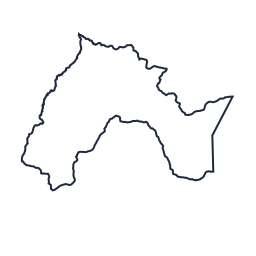 the district of Puracé (Coconuco), Cauca, Colombia, rotated 16°
{"feature_id": "7082276B15347498266609", "entity_name": "Puracé (Coconuco)", "entity_type": "district", "adm_level": 2, "iso_a3": "COL", "parent_name": "Colombia", "parent_adm1": "Cauca", "projection": "natural_earth1", "projection_center": [-76.434, 2.262], "detail": "fine", "context": "isolated", "style": "outline", "palette": "slate", "viewbox_px": 256, "rotation_deg": 16, "n_neighbors": 0, "source": "geoboundaries", "source_scale": "gbopen_adm2", "svg_char_len": 5667}
<svg xmlns="http://www.w3.org/2000/svg" viewBox="0 0 256 256"><g transform="rotate(16 128 128)"><path d="M118.8,123.5L121.9,123.5L124.0,122.8L126.0,122.8L129.3,121.2L130.6,120.0L134.0,118.9L134.9,118.3L137.1,118.7L138.8,118.1L141.3,118.3L142.5,117.9L143.2,117.2L143.7,117.1L145.3,117.7L147.0,119.9L148.8,120.9L149.7,121.8L151.0,121.9L151.4,121.6L154.7,122.9L155.2,123.4L155.9,124.3L157.8,127.8L159.6,128.4L161.3,131.0L164.0,133.8L165.2,134.3L166.6,135.4L166.8,136.0L166.7,137.2L166.9,137.9L168.1,139.6L170.1,143.2L171.0,144.3L171.3,144.9L172.7,145.2L174.0,145.9L175.1,147.3L176.9,149.1L177.4,149.8L177.8,151.0L178.9,152.2L179.6,155.0L180.5,155.8L182.2,155.9L182.6,156.2L183.2,157.2L183.3,158.4L184.0,159.6L184.5,159.8L187.0,159.7L187.7,160.0L189.2,161.0L189.7,161.1L190.5,160.8L193.0,160.7L194.3,160.2L196.2,160.2L197.3,159.8L202.2,160.2L204.0,159.4L205.6,159.8L206.2,159.8L207.2,159.4L208.0,159.4L208.9,158.7L210.1,158.4L211.6,157.2L211.9,156.6L212.6,156.2L213.9,154.3L214.1,153.8L214.7,150.3L215.0,149.2L215.5,148.4L217.6,147.3L220.1,147.1L222.0,146.4L211.1,111.9L219.9,69.0L217.0,69.9L214.8,71.0L213.3,71.6L212.7,71.9L212.2,72.8L211.6,73.4L209.2,74.1L208.4,74.5L205.8,77.7L203.1,79.6L201.8,79.9L200.1,80.0L198.4,80.6L196.6,83.0L196.0,84.5L196.0,88.5L195.9,89.3L195.2,90.0L193.4,91.0L193.0,91.4L188.4,93.4L187.2,94.6L186.7,95.6L185.5,97.0L184.1,98.1L181.3,99.2L179.4,99.4L178.4,97.9L176.8,97.6L175.3,97.0L174.2,95.8L171.7,93.7L171.2,93.0L171.2,90.6L171.0,90.1L168.2,89.8L167.4,89.4L166.2,88.4L166.3,86.7L165.9,84.4L165.2,83.7L164.4,83.6L163.7,82.6L163.2,82.3L161.9,82.3L160.8,82.5L159.8,83.1L157.6,83.7L155.7,85.9L153.1,84.9L151.7,84.7L150.2,83.5L148.1,83.1L147.3,82.7L146.7,82.3L146.2,81.2L144.8,80.2L144.3,79.3L144.5,78.9L144.5,77.3L144.6,76.8L145.5,76.2L145.7,75.8L145.7,73.7L145.9,72.4L145.3,72.3L144.5,71.7L144.3,71.2L144.4,70.6L146.0,67.9L146.2,65.4L148.3,63.3L148.8,62.3L149.0,61.5L148.9,60.5L148.0,60.4L146.5,60.8L143.9,60.8L140.8,61.2L136.4,61.1L134.9,62.3L133.4,64.4L132.7,64.9L131.8,65.4L129.7,65.3L129.0,64.8L128.4,62.9L128.1,58.8L127.0,57.5L121.8,57.5L121.2,57.8L120.1,59.0L119.7,58.2L117.9,56.3L117.2,54.0L116.6,53.2L115.5,52.9L114.4,52.0L112.1,51.9L111.7,51.6L111.0,49.3L110.2,48.6L109.8,48.5L109.4,48.0L108.1,47.3L107.2,47.8L104.6,48.6L103.8,49.3L103.5,50.1L102.6,51.0L100.8,52.0L99.1,52.0L98.0,52.2L97.2,52.9L96.6,54.4L96.1,55.0L95.1,55.6L94.3,55.8L92.2,55.4L90.2,53.6L89.6,53.5L88.4,53.8L87.9,54.1L87.4,54.9L86.9,55.3L85.1,55.6L83.8,55.6L82.9,55.1L81.6,54.9L81.1,55.0L80.1,55.8L79.6,55.8L78.3,54.2L77.6,54.1L77.1,54.4L76.4,54.4L74.5,56.4L73.7,57.0L73.0,56.8L72.7,56.5L72.4,56.6L72.2,56.4L71.6,56.8L71.0,55.9L70.4,55.8L69.6,54.9L69.6,54.5L69.1,54.2L67.7,54.3L67.3,54.1L67.0,54.4L66.1,53.9L65.7,53.3L65.3,53.3L64.3,53.4L63.8,53.9L62.7,53.9L61.6,53.0L59.6,52.6L59.3,52.1L58.8,52.0L58.3,52.2L57.9,51.9L57.6,52.0L57.2,51.8L55.7,51.6L55.0,51.2L55.1,52.4L55.6,52.8L56.9,54.4L58.0,55.0L58.3,55.4L58.4,56.1L58.3,57.2L58.6,59.3L59.2,60.4L59.3,60.9L59.8,62.0L60.7,63.1L60.7,63.8L61.0,64.2L61.3,65.5L61.1,66.8L60.8,67.5L61.1,68.8L60.2,70.1L59.7,71.8L59.3,74.1L59.9,74.7L58.9,77.2L58.6,78.5L58.1,79.7L57.5,80.0L57.5,80.6L56.6,81.6L56.0,82.7L55.2,83.4L55.2,83.9L54.8,84.4L55.0,85.6L54.3,86.4L53.2,86.8L52.0,87.8L52.0,88.0L52.6,89.6L52.0,89.9L51.7,91.1L50.4,92.3L50.2,93.5L49.4,94.0L49.7,95.0L49.1,95.4L48.1,95.5L47.8,96.4L46.7,96.3L46.4,97.0L45.4,98.1L45.5,98.8L46.0,99.3L46.1,100.5L45.9,100.9L45.6,100.8L45.4,101.0L45.0,102.6L45.7,103.7L45.8,104.3L46.5,105.6L46.4,106.2L47.2,107.3L46.6,108.9L46.8,111.6L46.3,112.6L45.5,113.2L44.8,112.9L44.4,113.2L43.9,112.9L43.5,113.3L43.8,113.9L43.8,114.2L43.5,114.5L43.2,114.4L42.8,115.8L42.2,116.6L41.5,116.7L41.5,117.3L41.1,117.7L41.4,118.0L41.6,118.5L40.5,119.2L40.8,120.1L40.2,121.1L39.9,122.2L39.9,123.4L39.6,123.4L39.5,123.9L39.8,124.5L39.8,126.5L40.2,126.9L40.6,128.3L40.5,128.9L40.1,128.1L39.6,128.9L39.8,129.6L39.8,130.8L40.8,132.1L40.8,132.6L40.5,133.1L40.4,134.2L41.2,135.4L41.1,135.7L40.7,135.8L40.6,136.1L40.8,138.0L40.7,138.8L41.0,139.5L39.8,140.3L39.8,140.9L40.4,142.8L41.4,143.6L43.1,143.9L44.7,145.4L45.1,146.1L44.7,146.9L44.6,147.5L44.3,147.6L43.7,147.4L42.8,147.8L42.0,148.7L41.7,149.4L40.5,150.4L39.1,150.8L38.4,150.6L38.2,150.8L37.6,151.9L37.3,153.5L37.1,154.1L37.3,157.4L37.1,158.2L37.2,159.1L36.2,160.2L34.6,161.4L35.1,162.7L34.0,166.1L34.9,168.1L35.0,169.1L35.8,170.2L35.7,170.8L35.2,171.3L34.8,173.1L34.4,173.8L34.4,174.6L35.0,175.9L35.4,178.5L35.2,178.9L35.3,180.4L34.9,181.6L35.0,182.1L34.4,183.0L34.3,183.6L34.3,185.9L34.9,188.6L35.3,189.2L35.7,188.9L36.3,189.1L38.2,190.7L40.6,191.7L43.0,191.4L46.0,191.3L48.0,190.9L50.0,191.7L52.9,191.1L55.5,192.4L56.7,194.3L56.9,195.4L57.3,195.6L57.7,195.6L57.9,195.3L60.0,195.0L63.6,194.1L64.1,194.2L65.5,196.2L65.8,197.0L65.6,198.2L65.7,198.8L66.0,199.7L66.9,201.7L67.0,203.3L68.9,203.7L69.6,204.1L70.7,207.7L71.8,208.0L72.2,208.5L72.7,208.7L74.3,207.9L77.3,204.2L78.4,202.5L81.0,200.6L83.4,199.1L87.5,198.9L88.5,198.5L89.3,197.5L90.9,194.8L91.3,193.6L91.3,192.9L90.7,191.4L90.2,191.1L89.3,189.9L88.5,188.2L87.7,184.2L86.5,182.4L85.6,178.2L85.7,176.2L85.9,175.7L87.4,174.3L88.1,173.0L87.9,172.1L86.4,170.5L86.0,169.8L86.6,169.0L86.3,168.0L86.8,166.9L87.0,165.2L87.3,164.8L88.7,164.0L94.4,162.7L95.6,161.7L98.0,160.4L99.0,159.5L99.8,158.6L100.4,157.0L100.7,155.2L100.7,153.9L101.7,150.3L101.6,149.2L102.2,148.0L102.6,146.4L102.9,144.7L102.9,143.3L103.8,141.4L106.5,137.8L106.4,136.5L105.6,135.8L105.6,135.2L105.9,134.0L106.4,133.2L106.9,128.7L107.3,128.0L107.8,127.6L108.0,125.5L108.4,124.4L108.7,124.1L110.2,123.3L111.7,121.0L113.1,119.4L115.4,119.4L116.8,119.7L117.5,120.2L117.9,121.7L118.8,123.5Z" fill="none" stroke="#1e293b" stroke-width="2"/></g></svg>